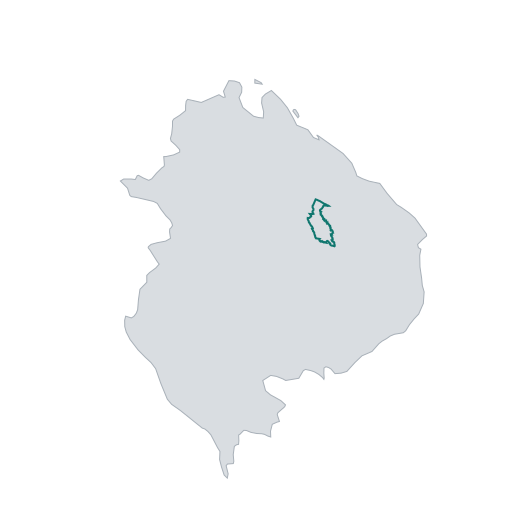 Bakan, Pouthisat, Cambodia (highlighted), rotated 146°
{"feature_id": "14789045B65386681247425", "entity_name": "Bakan", "entity_type": "district", "adm_level": 2, "iso_a3": "KHM", "parent_name": "Cambodia", "parent_adm1": "Pouthisat", "projection": "equal_earth", "projection_center": [103.706, 12.696], "detail": "fine", "context": "in_parent", "style": "outline", "palette": "teal", "viewbox_px": 512, "rotation_deg": 146, "n_neighbors": 0, "source": "geoboundaries", "source_scale": "gbopen_adm2", "svg_char_len": 7469}
<svg xmlns="http://www.w3.org/2000/svg" viewBox="0 0 512 512"><g transform="rotate(146 256 256)"><path d="M404.0,87.9L404.9,92.2L402.6,100.3L400.0,107.6L395.2,114.1L395.0,118.8L393.4,133.0L394.0,137.5L395.2,141.3L396.8,143.4L401.1,157.3L405.0,169.9L408.9,180.2L409.6,186.8L406.2,203.4L402.2,218.7L402.6,226.3L404.4,233.9L406.3,244.1L407.1,257.1L406.1,265.5L404.3,270.8L400.8,276.2L397.7,279.0L394.0,274.4L391.1,274.2L387.2,275.5L384.1,277.7L377.8,285.6L370.8,293.3L361.2,295.3L357.4,301.0L353.4,301.8L345.8,302.1L340.8,303.4L341.0,306.3L340.6,319.9L340.8,323.1L340.0,323.9L336.5,324.3L330.6,322.3L322.7,318.9L317.0,318.4L314.2,324.3L312.4,326.6L310.3,327.0L308.1,328.0L307.3,330.7L307.1,334.0L308.2,339.6L308.7,348.6L308.4,354.8L310.5,358.6L322.7,371.7L326.2,375.0L326.7,376.9L324.6,384.0L326.5,394.0L322.7,393.8L316.3,389.5L313.3,386.9L309.6,389.0L308.3,388.6L305.8,383.7L302.6,378.7L299.2,378.3L292.2,380.3L284.9,381.7L282.2,381.7L281.1,382.6L276.9,390.0L275.1,388.8L267.8,385.9L261.2,384.8L259.8,386.8L260.6,392.8L262.1,398.8L261.2,401.3L257.6,404.4L252.8,410.1L249.8,414.5L247.8,415.5L240.4,415.3L233.1,415.9L230.2,420.1L227.4,423.3L225.1,424.1L215.5,413.9L196.5,410.4L194.4,405.8L192.6,405.0L190.8,410.8L180.4,416.5L176.0,413.1L172.8,408.9L173.3,403.9L176.3,399.8L181.5,396.8L183.9,386.5L179.9,373.3L176.5,369.4L172.8,366.3L169.0,371.3L165.8,379.7L162.4,384.0L157.6,385.0L150.7,384.6L148.0,372.1L147.1,361.3L148.1,349.0L149.1,341.7L142.4,331.6L142.1,322.1L138.8,317.1L137.9,319.6L138.0,322.4L137.0,320.4L126.5,292.3L124.7,279.3L126.6,269.3L127.6,266.0L124.6,260.7L120.3,254.7L112.8,246.9L112.3,234.5L110.6,219.9L108.3,214.9L104.9,205.9L103.0,198.5L102.4,178.8L103.4,177.2L108.7,176.6L115.6,175.2L116.7,172.1L115.5,169.4L119.9,165.0L126.2,155.2L131.1,145.0L134.6,138.6L136.7,132.2L143.8,123.1L153.6,116.9L160.2,115.4L167.1,113.3L173.7,110.3L176.8,110.0L185.0,113.7L189.5,114.6L194.1,114.5L199.0,114.9L203.2,114.6L213.2,112.0L223.9,114.0L233.4,112.4L245.2,109.5L251.0,111.3L256.3,114.3L257.0,120.3L258.2,123.0L260.0,125.1L262.3,125.1L265.3,120.9L267.8,116.6L268.7,115.8L268.8,118.0L270.1,122.6L272.3,127.2L274.6,130.3L278.4,134.3L280.9,134.5L288.9,130.7L301.0,136.2L302.4,139.0L306.3,144.7L310.6,148.8L320.0,149.0L323.4,139.0L321.7,132.9L316.3,122.3L314.8,116.1L316.5,115.0L325.6,113.8L327.1,112.6L329.1,105.7L331.5,106.5L336.6,107.4L341.9,102.7L345.0,97.7L346.8,100.0L348.7,103.4L350.7,105.5L354.6,108.4L358.8,112.6L361.5,116.7L363.6,118.3L369.0,117.2L370.5,117.3L373.6,112.3L375.8,109.6L377.6,110.4L380.4,110.3L386.0,104.0L389.2,98.2L390.9,96.6L396.0,99.5L398.0,98.9L400.9,91.0L404.0,87.9ZM144.4,355.5L143.4,356.2L142.4,356.2L141.4,355.1L141.5,350.5L142.2,347.8L143.9,347.2L144.4,355.5ZM160.3,400.0L158.2,403.0L154.8,396.8L154.8,395.0L160.3,400.0Z" fill="#d9dde1" stroke="#a8b0b8" stroke-width="1"/><path d="M179.1,252.0L178.8,252.2L178.9,252.4L178.7,252.6L178.7,252.8L178.9,253.1L179.0,253.1L179.0,253.3L179.1,253.6L179.2,253.8L179.3,254.1L179.2,254.3L178.9,254.4L178.8,254.6L178.7,254.8L178.8,254.9L178.8,255.0L178.7,255.2L178.3,255.3L178.2,255.3L178.1,255.6L178.2,255.8L178.1,256.1L178.0,256.3L177.9,256.6L177.9,256.8L177.8,257.1L177.6,257.0L177.7,257.3L177.7,257.5L177.6,257.8L177.4,258.2L177.2,258.3L176.9,258.4L176.1,258.4L175.7,258.5L174.6,258.5L173.6,259.1L173.2,259.1L172.4,259.8L171.8,259.8L171.7,259.9L171.3,259.7L170.7,259.3L170.4,259.1L170.2,259.0L169.9,258.7L169.7,258.6L169.5,258.4L169.0,258.0L168.7,257.5L168.6,257.4L168.0,257.2L167.7,257.0L167.8,257.3L168.4,258.0L168.7,258.4L168.7,258.6L168.9,259.0L169.3,259.9L169.5,260.2L170.1,260.9L170.2,261.1L172.1,265.2L172.2,265.6L172.5,266.0L173.5,267.5L173.7,267.9L174.2,268.7L174.4,268.9L174.9,269.6L180.0,266.3L180.4,266.2L180.5,266.1L180.8,266.1L180.9,265.9L181.5,265.3L182.0,264.5L182.0,264.3L182.0,263.0L182.6,262.1L182.9,261.8L183.9,261.6L184.5,261.1L184.7,260.6L184.8,260.1L184.6,259.3L184.7,259.1L184.8,258.8L185.0,258.9L185.3,259.0L187.0,260.1L187.9,260.8L187.9,260.4L187.7,259.4L187.7,258.7L187.8,258.4L187.9,258.1L188.1,258.0L188.3,257.9L188.9,258.0L189.5,257.9L190.0,257.9L190.3,257.7L190.7,257.8L191.1,258.1L191.9,258.2L192.0,258.4L192.4,257.9L192.4,257.7L192.6,257.4L192.7,256.7L192.8,255.4L193.1,254.9L193.3,254.5L193.3,254.1L193.2,254.0L193.1,253.7L193.1,253.3L193.3,253.0L193.3,252.1L193.3,251.7L193.4,251.3L193.5,250.8L193.4,250.6L193.3,250.4L193.2,250.2L193.3,250.0L193.4,249.6L193.1,249.0L193.3,247.6L193.4,247.1L193.6,247.1L194.2,247.3L194.2,247.2L194.4,247.0L194.4,246.8L194.5,246.6L194.4,246.3L194.4,246.2L194.4,245.8L194.5,245.1L194.6,244.8L194.6,244.4L194.8,244.3L194.7,244.1L194.6,243.5L194.6,242.9L194.7,242.7L195.1,242.1L195.3,241.6L195.5,240.7L195.5,240.4L195.7,240.2L195.6,239.8L195.7,239.6L195.9,239.4L196.3,238.8L196.2,238.5L196.2,238.1L196.3,237.9L196.2,237.8L196.3,237.4L196.4,237.1L194.1,235.0L194.3,235.0L194.2,234.7L194.1,234.3L194.3,234.0L194.5,233.9L194.6,233.7L194.7,233.4L194.7,233.1L194.3,232.9L194.5,232.1L194.5,231.9L194.4,231.7L194.2,231.6L193.9,231.5L193.8,231.4L193.7,231.6L193.3,231.6L193.2,231.6L192.9,231.5L192.9,231.2L193.0,230.9L192.9,230.5L192.8,230.2L192.7,230.1L192.5,230.5L192.3,230.2L192.3,229.5L192.1,229.1L191.9,229.0L191.5,229.0L191.3,228.9L191.2,229.0L191.0,228.8L190.6,228.1L190.6,227.9L190.4,227.7L190.4,227.9L190.3,228.0L190.2,228.2L189.9,228.4L189.6,228.5L189.2,228.8L189.1,229.0L189.1,228.7L188.9,228.7L188.7,228.8L188.5,228.7L188.3,228.2L188.2,228.2L188.0,227.6L187.9,227.5L187.9,226.2L188.0,226.0L188.0,225.6L187.7,225.5L187.5,225.1L187.5,224.7L188.0,224.4L188.0,224.2L188.1,223.8L188.0,223.6L188.0,223.2L187.6,222.4L187.0,222.0L186.2,221.0L186.0,220.9L185.8,220.6L185.6,220.2L185.3,220.2L185.0,220.4L184.9,221.1L184.5,221.4L184.5,221.5L184.4,222.2L184.2,222.4L184.1,222.7L183.7,223.1L183.7,223.8L183.6,224.0L183.7,224.4L183.9,224.9L184.1,225.0L184.4,225.1L184.4,225.4L184.5,225.6L184.4,225.7L184.4,225.8L184.5,225.8L184.5,226.0L184.5,226.3L184.4,226.4L184.4,226.7L184.0,226.5L183.9,226.7L183.3,226.8L183.2,227.2L183.0,227.3L182.9,227.3L182.8,227.6L182.7,227.7L182.7,227.8L182.8,227.9L182.6,228.1L182.7,228.3L182.6,228.5L182.8,228.6L182.7,228.6L182.5,228.8L182.4,229.1L182.4,229.3L182.5,229.5L182.4,229.9L182.4,230.1L182.5,230.4L182.5,230.5L182.4,230.8L182.4,231.1L182.2,231.3L182.1,231.5L182.0,231.8L181.8,231.6L181.7,231.7L181.6,231.9L181.4,231.7L181.4,231.8L181.2,231.7L181.0,231.8L180.8,231.7L180.5,231.8L180.4,231.9L180.2,231.9L180.1,232.0L179.9,232.3L179.6,232.4L179.3,232.3L179.3,232.5L179.1,232.6L179.0,232.8L178.7,233.2L178.7,233.6L178.6,233.9L178.6,234.0L178.5,234.3L178.6,234.6L178.6,234.9L179.4,235.1L179.3,235.3L179.5,235.5L179.3,235.6L179.1,236.1L179.1,236.3L178.9,236.3L178.9,236.5L178.9,237.0L178.7,237.4L178.8,237.6L178.6,238.0L178.5,237.8L178.4,237.9L178.3,238.3L178.1,238.3L178.1,238.7L178.2,238.8L178.1,239.1L177.9,239.3L178.1,239.5L177.9,239.7L178.0,239.8L178.1,240.0L178.1,240.3L178.1,240.5L177.9,240.7L178.0,240.9L178.0,241.1L178.0,241.3L178.0,241.6L178.1,241.8L178.2,242.1L178.1,242.6L178.3,242.7L178.1,242.8L178.3,243.1L178.4,243.3L178.5,243.3L178.7,243.6L178.5,243.8L178.8,243.8L178.7,243.8L178.8,243.8L178.8,244.2L178.9,244.4L178.9,244.6L177.9,246.3L179.0,247.4L179.1,247.2L179.3,247.1L179.3,247.3L179.4,247.2L179.5,247.3L179.4,247.5L179.5,248.0L179.4,248.1L179.5,248.6L179.7,249.1L179.6,249.3L179.4,249.3L179.5,249.4L179.4,249.5L179.1,249.6L179.0,249.8L178.9,250.1L178.9,250.5L178.9,250.8L178.8,251.0L178.9,251.4L179.0,251.5L179.2,251.8L179.1,252.0Z" fill="none" stroke="#0f766e" stroke-width="2"/></g></svg>